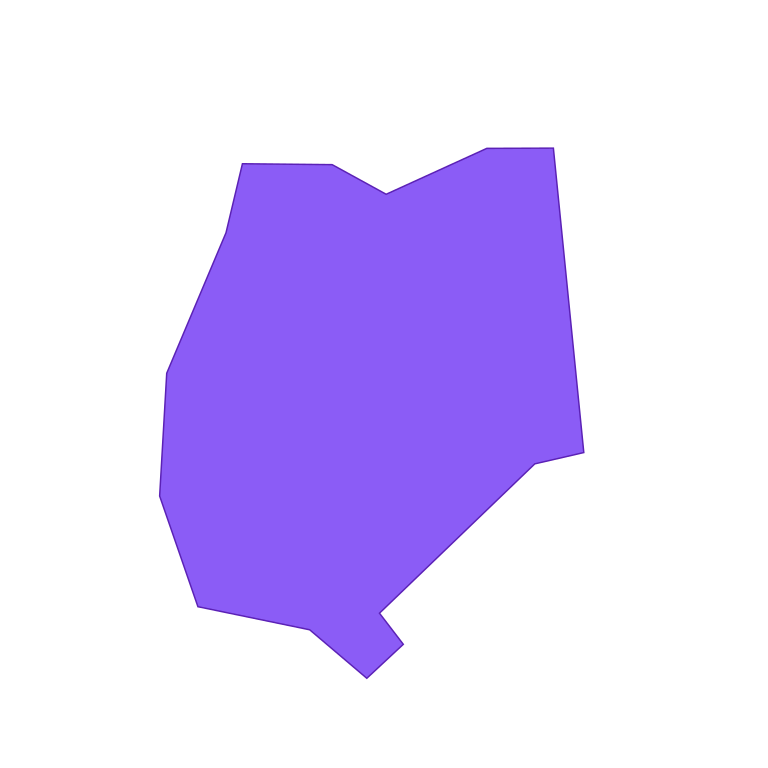 Karshi city, Kashkadarya, Uzbekistan (Robinson projection), rotated 201°
{"feature_id": "79887680B88652544593040", "entity_name": "Karshi city", "entity_type": "district", "adm_level": 2, "iso_a3": "UZB", "parent_name": "Uzbekistan", "parent_adm1": "Kashkadarya", "projection": "robinson", "projection_center": [65.821, 38.808], "detail": "fine", "context": "isolated", "style": "filled", "palette": "violet", "viewbox_px": 768, "rotation_deg": 201, "n_neighbors": 0, "source": "geoboundaries", "source_scale": "gbopen_adm2", "svg_char_len": 363}
<svg xmlns="http://www.w3.org/2000/svg" viewBox="0 0 768 768"><g transform="rotate(201 384 384)"><path d="M294.6,103.1L272.7,147.9L306.1,168.4L214.6,363.5L172.9,391.6L310.4,664.9L372.5,640.8L450.0,561.9L511.0,570.2L595.1,538.9L585.7,468.6L590.7,316.2L553.3,199.0L477.9,109.4L365.3,127.9L294.6,103.1Z" fill="#8b5cf6" stroke="#5b21b6" stroke-width="1.5"/></g></svg>